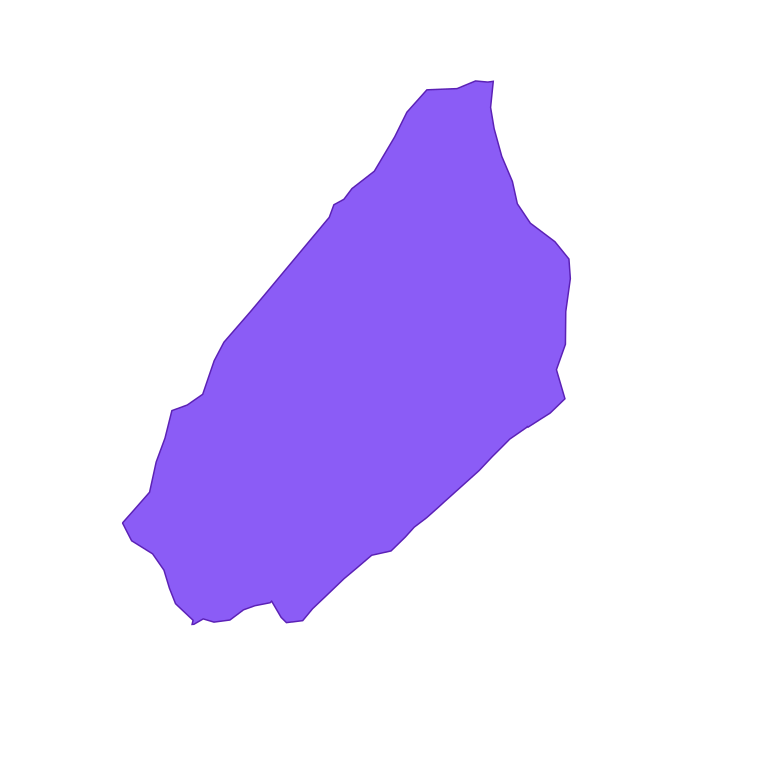 Pergamos, Cyprus, rotated 307°
{"feature_id": "46923920B91768316626560", "entity_name": "Pergamos", "entity_type": "district", "adm_level": 2, "iso_a3": "CYP", "parent_name": "Cyprus", "parent_adm1": "", "projection": "robinson", "projection_center": [33.69, 35.042], "detail": "fine", "context": "isolated", "style": "filled", "palette": "violet", "viewbox_px": 768, "rotation_deg": 307, "n_neighbors": 0, "source": "geoboundaries", "source_scale": "gbopen_adm2", "svg_char_len": 1302}
<svg xmlns="http://www.w3.org/2000/svg" viewBox="0 0 768 768"><g transform="rotate(307 384 384)"><path d="M76.5,375.4L77.7,376.8L87.6,381.0L91.5,391.5L102.8,403.0L119.1,407.7L129.2,414.3L140.8,424.7L142.2,424.9L142.9,425.0L142.5,426.0L135.7,442.3L134.7,449.7L138.6,453.7L138.6,453.8L146.1,461.5L161.6,462.2L182.0,465.6L204.3,469.2L221.6,473.2L239.8,477.2L254.9,490.1L274.5,493.1L287.9,494.3L302.8,498.5L317.7,501.5L326.3,503.1L371.8,512.0L391.4,514.2L402.5,515.8L415.7,517.6L435.7,524.2L436.2,524.1L436.2,525.0L450.2,530.2L460.8,534.2L481.1,537.4L499.2,513.1L524.9,505.0L551.2,485.6L580.3,469.4L595.1,456.5L600.5,434.9L600.5,404.1L608.2,382.0L623.0,364.7L636.7,341.0L654.2,318.3L669.0,302.7L691.5,289.1L687.6,285.2L681.1,274.7L671.6,269.1L663.9,264.6L646.3,243.1L644.7,241.2L614.9,238.7L601.1,241.3L587.9,243.8L557.3,247.2L548.1,248.2L544.4,247.2L520.8,240.8L507.4,240.8L497.0,236.1L484.1,240.0L481.3,239.8L380.3,234.8L361.4,233.8L321.1,231.0L300.2,234.4L299.1,234.8L284.7,239.5L266.7,245.4L256.1,241.9L248.8,239.5L235.1,230.6L219.3,237.3L208.9,241.7L184.6,249.0L156.5,261.9L132.2,260.1L116.2,258.8L115.4,259.2L115.1,259.9L113.7,262.8L112.5,265.2L106.9,276.8L109.1,301.4L102.9,320.3L91.8,335.5L83.1,349.7L82.7,352.9L80.4,373.7L76.5,375.4Z" fill="#8b5cf6" stroke="#5b21b6" stroke-width="1.5"/></g></svg>